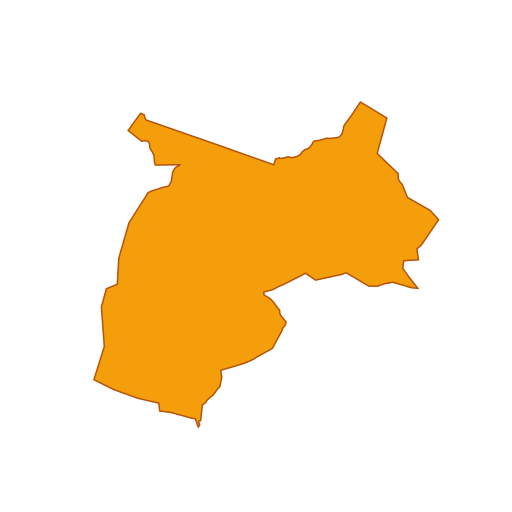 Santa Catarina Zapoquila, Oaxaca, Mexico (Mercator projection), rotated 110°
{"feature_id": "50627088B71795899371071", "entity_name": "Santa Catarina Zapoquila", "entity_type": "district", "adm_level": 2, "iso_a3": "MEX", "parent_name": "Mexico", "parent_adm1": "Oaxaca", "projection": "mercator", "projection_center": [-97.553, 18.025], "detail": "fine", "context": "isolated", "style": "filled", "palette": "amber", "viewbox_px": 512, "rotation_deg": 110, "n_neighbors": 0, "source": "geoboundaries", "source_scale": "gbopen_adm2", "svg_char_len": 2529}
<svg xmlns="http://www.w3.org/2000/svg" viewBox="0 0 512 512"><g transform="rotate(110 256 256)"><path d="M181.8,419.1L187.3,402.6L185.9,400.4L185.4,398.7L185.4,396.9L185.8,395.4L187.4,394.3L191.4,392.2L193.8,388.9L196.5,386.2L199.2,385.0L201.8,383.9L205.0,381.7L196.3,358.9L197.6,359.4L199.1,360.9L201.3,362.3L202.7,362.5L204.4,362.9L206.2,362.9L208.7,362.3L215.0,361.2L217.6,361.5L219.8,362.0L221.0,363.2L222.2,365.1L223.1,366.6L229.9,375.5L231.5,377.3L231.7,377.5L232.6,378.4L234.3,379.6L236.1,379.6L268.2,386.7L304.9,384.2L330.0,376.7L338.0,385.4L357.0,383.8L373.3,376.4L392.9,367.6L427.2,366.0L427.7,366.0L430.2,343.7L430.1,318.1L427.5,297.0L434.6,293.5L432.1,282.2L430.4,260.8L429.7,257.3L436.0,252.2L436.4,251.9L436.4,251.6L436.0,251.7L435.3,251.7L435.0,251.5L434.8,251.2L434.3,251.2L434.2,251.2L433.9,251.2L433.4,251.5L433.2,251.7L433.0,251.8L432.8,252.1L432.6,252.3L432.4,252.6L432.0,252.9L431.7,253.1L431.2,253.1L430.8,253.0L430.5,252.8L430.3,252.6L430.1,252.4L429.9,252.2L429.9,251.9L429.8,251.7L414.2,255.5L412.6,254.2L410.7,253.1L408.3,252.7L405.9,251.4L404.2,250.6L402.4,249.3L400.8,248.6L398.4,247.8L394.7,246.9L391.1,245.3L381.7,246.7L375.5,250.1L361.7,231.4L356.9,226.0L353.2,222.5L351.6,221.5L337.2,209.0L316.2,205.9L315.3,206.5L312.7,205.4L310.1,204.8L307.6,205.3L306.3,207.5L305.0,209.8L303.5,212.2L301.7,214.1L299.0,215.1L296.2,219.7L293.4,223.6L291.1,228.5L289.9,235.1L287.2,236.3L285.6,234.1L284.4,232.3L282.1,229.0L279.6,226.6L277.1,224.5L275.7,222.9L273.8,220.8L255.3,203.5L258.3,191.8L243.6,168.5L241.9,167.1L241.0,165.1L245.7,139.7L242.9,131.7L242.5,130.8L241.5,130.1L240.4,128.7L239.7,127.7L239.0,126.8L237.9,125.4L237.0,124.0L236.5,122.9L233.9,118.5L233.2,108.5L233.0,105.5L233.0,103.0L232.8,101.2L232.6,98.6L231.0,92.9L223.0,105.8L217.3,114.0L209.9,115.5L204.0,102.1L194.2,107.2L188.9,104.3L159.5,96.8L153.6,107.9L149.2,133.7L138.9,142.9L136.5,147.1L134.8,148.6L129.9,150.7L118.2,177.2L113.6,177.6L81.6,180.2L75.6,210.6L89.8,214.0L103.3,217.9L107.8,217.2L111.1,217.0L113.9,217.6L116.3,219.0L120.0,226.2L121.5,230.7L122.7,231.9L125.8,236.3L128.0,240.6L129.5,241.4L131.9,241.6L135.0,242.5L137.0,243.7L139.6,246.7L141.1,247.5L142.9,248.5L145.6,249.0L148.6,251.8L151.3,255.8L151.6,257.3L151.7,259.6L154.0,262.9L155.7,265.7L156.1,267.2L155.7,267.7L156.0,268.2L156.9,268.9L158.0,270.7L164.2,270.6L164.4,292.8L164.5,299.5L164.6,316.7L164.6,318.1L164.6,322.0L164.8,335.9L165.4,376.4L165.8,406.1L162.6,408.8L161.6,409.1L161.4,413.3L181.8,419.1Z" fill="#f59e0b" stroke="#b45309" stroke-width="1.5"/></g></svg>